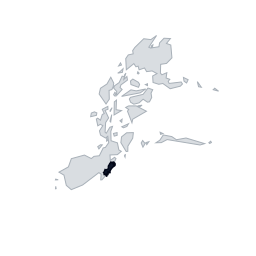 location of Zambales, Zambales, Philippines, rotated 233°
{"feature_id": "2640588B17055181338626", "entity_name": "Zambales", "entity_type": "district", "adm_level": 2, "iso_a3": "PHL", "parent_name": "Philippines", "parent_adm1": "Zambales", "projection": "mercator", "projection_center": [120.051, 15.306], "detail": "fine", "context": "in_parent", "style": "filled", "palette": "ink", "viewbox_px": 256, "rotation_deg": 233, "n_neighbors": 0, "source": "geoboundaries", "source_scale": "gbopen_adm2", "svg_char_len": 6187}
<svg xmlns="http://www.w3.org/2000/svg" viewBox="0 0 256 256"><g transform="rotate(233 128 128)"><path d="M119.3,44.2L128.9,48.5L134.3,46.3L132.8,57.0L137.6,64.3L132.6,76.9L125.7,80.3L125.8,83.8L123.1,88.4L127.0,96.2L126.1,98.3L127.9,103.8L133.6,106.9L133.5,104.0L138.9,101.8L142.9,103.5L145.0,109.3L147.6,108.2L147.9,105.2L154.2,108.1L154.1,109.7L150.8,110.7L154.3,115.6L153.8,117.7L158.4,118.7L157.4,124.9L155.0,123.3L155.9,120.3L147.7,118.6L145.8,113.4L138.5,107.2L136.9,107.5L139.5,114.0L138.6,116.6L135.7,112.3L128.0,106.8L122.5,110.6L116.0,107.5L113.4,108.6L113.1,103.5L117.3,97.4L112.7,94.3L112.7,99.6L110.8,100.0L108.4,95.5L106.2,94.7L102.3,76.0L103.0,75.0L107.2,78.7L109.9,77.9L109.8,57.4L112.9,45.6L119.3,44.2ZM175.5,161.7L184.8,168.0L186.2,172.2L184.1,176.8L187.0,178.3L188.2,181.9L189.8,194.3L184.8,199.5L184.7,206.5L180.0,193.2L178.3,194.1L174.3,201.6L177.0,204.5L178.0,210.8L173.9,215.7L172.4,209.6L168.5,212.1L157.6,205.3L156.4,197.6L159.2,192.4L152.3,186.9L150.1,187.1L148.8,192.3L145.0,188.5L141.7,190.7L141.1,188.2L138.8,187.7L132.7,198.2L130.4,198.0L129.9,195.0L134.0,185.3L142.6,182.6L144.4,178.9L149.3,175.4L154.7,179.0L154.0,183.9L159.1,181.6L161.8,176.8L166.0,177.3L167.8,171.9L171.3,173.3L172.1,171.2L175.9,171.4L175.5,161.7ZM147.9,168.0L143.7,170.8L142.0,167.4L138.1,165.3L136.0,160.9L136.9,159.1L141.9,157.4L141.4,152.0L143.5,147.0L147.0,145.6L150.3,146.5L151.0,148.4L145.8,160.3L147.9,168.0ZM172.5,125.4L176.3,129.9L175.8,137.7L178.9,144.8L172.4,143.6L169.9,141.0L168.4,138.2L169.4,135.5L162.3,130.4L160.4,124.9L172.5,125.4ZM129.8,134.3L141.7,137.7L142.4,139.7L145.8,138.5L145.3,141.7L140.8,147.8L130.3,152.8L132.2,137.1L129.8,134.3ZM85.1,168.3L69.4,179.8L71.1,175.3L95.2,152.3L96.3,145.8L99.4,141.4L99.1,146.1L101.2,152.0L94.8,157.8L89.5,159.6L85.1,168.3ZM110.3,112.4L120.6,113.5L124.8,117.5L125.0,124.0L121.1,129.5L117.0,125.6L113.6,117.0L109.5,113.8L110.3,112.4ZM164.0,141.0L168.5,140.6L169.8,142.7L169.6,148.3L172.9,154.5L171.3,156.1L169.3,153.8L169.8,158.1L166.6,156.4L166.7,148.3L165.1,146.0L162.3,146.5L160.8,138.5L164.0,141.0ZM148.5,165.7L148.7,159.0L157.1,141.9L156.7,153.3L152.7,156.9L148.5,165.7ZM164.2,161.3L158.2,163.8L155.8,163.5L154.2,160.9L160.9,156.5L164.0,158.2L164.2,161.3ZM146.8,124.7L157.1,132.8L157.2,135.6L149.8,129.5L145.8,133.3L146.8,124.7ZM161.1,110.9L158.8,112.2L157.1,110.4L159.5,105.0L162.0,107.7L161.1,110.9ZM135.0,202.7L130.4,205.1L128.7,201.9L131.6,200.9L135.0,202.7ZM103.7,128.4L108.1,129.5L109.2,132.2L105.3,132.3L103.7,128.4ZM129.8,112.1L132.4,113.1L130.9,116.5L128.7,114.9L129.8,112.1ZM118.5,209.2L123.3,211.3L116.4,211.1L118.5,209.2ZM178.3,159.7L175.8,157.0L178.0,152.8L177.8,155.4L178.3,159.7ZM132.7,123.8L131.1,131.0L129.9,128.0L130.9,124.5L132.7,123.8ZM107.3,219.1L107.6,221.2L102.9,222.5L107.3,219.1ZM131.3,92.6L131.2,95.9L130.0,97.3L128.8,92.2L131.3,92.6ZM139.9,148.9L137.8,153.0L137.8,150.6L139.9,148.9ZM105.6,133.5L104.5,136.4L103.4,133.0L105.6,133.5ZM164.4,139.0L162.8,139.1L161.2,136.8L163.2,136.5L164.4,139.0ZM138.6,125.9L138.6,128.6L136.3,126.4L138.6,125.9ZM184.5,161.2L182.2,160.7L183.2,157.8L184.5,161.2ZM144.3,117.7L148.5,123.1L143.2,117.8L144.3,117.7ZM105.3,151.1L102.5,152.6L103.3,150.2L105.3,151.1ZM152.2,168.0L151.6,170.2L150.1,169.1L152.2,168.0ZM152.8,124.3L153.8,127.6L151.7,123.5L152.8,124.3ZM67.7,186.1L66.2,185.9L66.5,183.9L67.6,183.7L67.7,186.1ZM167.0,169.7L165.1,169.9L165.0,168.6L166.1,168.4L167.0,169.7ZM179.5,198.0L178.2,196.6L178.6,195.1L179.5,195.9L179.5,198.0ZM107.9,108.4L108.7,110.2L106.5,108.1L107.9,108.4ZM172.4,157.0L173.1,159.4L171.2,156.5L172.4,157.0ZM130.7,39.5L128.6,41.1L130.2,38.8L130.7,39.5ZM133.1,105.3L130.3,103.9L130.4,103.0L133.1,105.3ZM123.1,33.5L124.9,35.2L122.8,34.1L123.1,33.5Z" fill="#d9dde1" stroke="#a8b0b8" stroke-width="1"/><path d="M111.1,93.8L111.1,93.7L110.9,93.2L110.6,93.0L110.6,92.9L110.6,92.2L110.4,91.7L109.9,91.3L109.8,90.9L109.9,90.5L109.5,89.6L108.8,88.9L107.3,87.9L107.4,86.9L107.6,85.8L108.0,85.0L108.6,84.7L107.9,83.6L107.8,83.4L107.6,83.0L107.5,82.9L107.2,82.5L107.2,82.2L107.1,81.8L107.1,81.7L106.8,81.7L106.7,81.7L106.3,81.7L106.2,81.6L106.0,81.4L105.9,81.4L105.7,81.2L105.4,81.1L105.4,81.3L105.4,81.5L105.2,81.5L105.2,81.8L104.9,81.9L104.8,82.0L104.7,81.9L104.6,82.0L104.6,81.9L104.5,82.0L104.4,82.0L104.4,81.9L104.2,82.0L104.2,81.8L103.9,82.0L103.7,81.9L103.8,82.0L103.9,82.4L104.0,82.5L103.9,82.7L104.0,82.8L103.9,82.7L103.7,82.8L103.6,83.0L103.8,83.3L103.8,83.2L103.9,83.3L104.0,83.3L104.3,83.5L104.3,83.8L104.2,83.9L104.2,84.0L104.1,84.4L103.9,84.4L104.0,84.6L104.1,84.8L104.1,85.0L104.1,85.3L104.2,85.2L104.3,85.3L104.2,85.2L104.3,85.2L104.2,85.2L104.5,85.1L104.5,85.3L104.4,85.3L104.5,85.4L104.4,85.4L104.5,85.4L104.5,85.5L104.7,85.8L104.8,85.8L104.7,85.8L104.8,85.9L104.8,86.0L104.7,86.0L104.7,85.9L104.7,86.0L104.5,86.3L104.4,86.3L104.2,86.4L104.0,86.2L103.9,86.2L104.0,86.2L103.9,86.3L104.0,86.6L104.1,86.8L103.9,86.9L103.8,87.0L104.0,87.1L103.9,87.1L104.0,87.2L103.9,87.3L104.1,87.4L104.2,87.5L104.4,87.7L104.5,87.8L104.6,88.0L104.8,88.1L104.7,88.2L104.7,88.4L105.0,88.7L105.4,89.2L105.3,89.3L105.3,89.6L105.6,90.2L105.8,91.3L105.9,91.8L105.9,92.0L106.0,92.4L106.0,92.6L106.0,92.9L105.9,93.5L106.0,93.8L105.9,93.8L105.9,94.1L105.9,94.3L106.0,94.3L106.0,94.5L106.3,94.7L106.2,94.8L106.2,95.0L106.4,95.1L106.6,95.1L106.5,95.3L106.4,95.3L106.3,95.5L106.5,95.6L106.8,95.7L106.9,95.8L106.7,95.9L106.8,95.9L106.9,96.0L107.0,96.0L107.4,96.1L107.5,96.2L107.7,95.9L107.8,95.7L107.7,95.6L107.8,95.4L107.9,95.2L107.9,94.7L107.8,94.4L108.0,94.4L108.2,94.5L108.3,94.6L108.5,94.7L108.6,94.8L108.6,95.0L108.9,95.2L109.0,95.1L109.0,95.3L108.9,95.5L108.8,95.4L108.7,95.4L108.5,95.5L108.8,95.6L108.7,95.7L108.6,95.8L108.5,95.7L108.5,95.8L108.4,95.8L108.4,96.0L108.6,96.1L108.8,96.2L109.0,96.0L109.3,95.9L109.8,95.7L109.8,95.4L109.7,95.4L109.6,95.2L109.6,94.9L109.5,94.7L109.9,94.4L110.2,94.4L110.3,94.3L110.4,94.2L110.5,94.0L110.6,93.8L110.8,93.9L111.0,93.8L111.1,93.8ZM102.5,81.9L102.4,82.0L102.5,82.1L102.5,82.3L102.6,82.0L102.5,81.9ZM104.2,85.7L103.9,85.8L104.0,85.9L104.3,85.7L104.2,85.7ZM103.0,82.8L102.9,82.9L102.9,83.0L103.0,82.9L103.0,82.8ZM108.1,95.7L108.1,95.8L108.1,95.7L108.1,95.7Z" fill="#0f172a" stroke="#020617" stroke-width="1.5"/></g></svg>